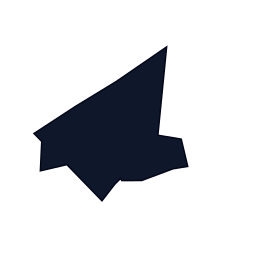 the state/province of Ngeremlengui, rotated 218°
{"feature_id": "PLW-5256", "entity_name": "Ngeremlengui", "entity_type": "state/province", "adm_level": 1, "iso_a3": "PLW", "parent_name": "Palau", "parent_adm1": "", "projection": "natural_earth1", "projection_center": [134.562, 7.532], "detail": "fine", "context": "isolated", "style": "filled", "palette": "ink", "viewbox_px": 256, "rotation_deg": 218, "n_neighbors": 0, "source": "natural_earth", "source_scale": "10m", "svg_char_len": 361}
<svg xmlns="http://www.w3.org/2000/svg" viewBox="0 0 256 256"><g transform="rotate(218 128 128)"><path d="M79.2,152.0L57.3,134.5L67.4,123.6L84.9,95.0L100.6,82.7L102.8,83.7L103.8,75.3L103.7,54.6L153.6,61.5L170.7,40.3L187.7,64.3L198.7,65.8L182.8,112.4L165.8,157.7L147.5,215.7L100.0,140.7L79.2,152.0Z" fill="#0f172a" stroke="#020617" stroke-width="1.5"/></g></svg>